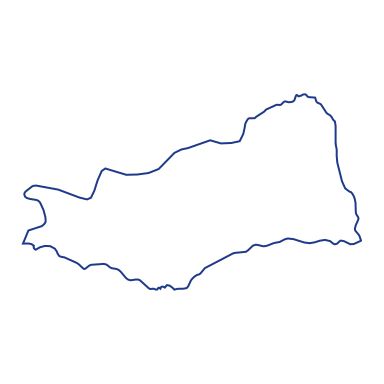 SVG path tracing the border of Lusaka
{"feature_id": "ZMB-520", "entity_name": "Lusaka", "entity_type": "Province", "adm_level": 1, "iso_a3": "ZMB", "parent_name": "Zambia", "parent_adm1": "", "projection": "natural_earth1", "projection_center": [29.259, -15.303], "detail": "fine", "context": "isolated", "style": "outline", "palette": "blue", "viewbox_px": 384, "rotation_deg": 0, "n_neighbors": 0, "source": "natural_earth", "source_scale": "10m", "svg_char_len": 2887}
<svg xmlns="http://www.w3.org/2000/svg" viewBox="0 0 384 384"><path d="M309.8,243.2L304.3,242.5L293.4,239.1L287.8,238.5L284.8,239.3L279.6,242.0L274.1,243.0L266.8,245.8L263.7,246.3L261.1,245.8L258.6,245.1L255.9,244.7L252.9,245.6L248.2,250.2L245.9,251.8L234.9,252.9L233.0,253.4L204.9,268.1L200.4,273.5L199.3,274.3L196.7,275.1L194.2,276.8L192.2,278.8L190.9,280.5L188.2,286.3L186.6,288.1L183.5,288.7L177.8,288.8L175.0,289.4L174.5,289.7L174.4,289.7L172.6,287.8L169.8,285.7L166.9,285.1L164.8,287.6L163.3,286.7L162.0,286.6L160.9,287.3L160.4,288.7L159.0,287.7L158.1,288.1L157.6,289.1L156.9,289.6L155.8,289.5L153.8,288.8L153.0,288.7L150.7,289.0L149.9,288.9L148.7,288.2L140.1,280.4L138.4,279.6L135.9,279.5L130.8,280.3L128.3,279.7L126.1,278.1L120.6,271.6L118.5,269.8L116.5,269.0L111.8,268.2L110.2,267.5L107.7,265.5L106.3,264.5L103.8,263.9L91.1,264.8L89.1,265.7L85.3,268.7L84.1,269.0L82.8,268.1L78.8,264.3L76.7,262.9L64.2,257.3L61.5,256.9L59.2,256.0L57.8,253.9L56.6,251.2L54.9,248.7L50.3,246.2L45.0,245.9L39.9,247.3L35.7,249.7L34.6,249.0L33.9,248.1L33.6,247.0L33.9,245.8L31.5,244.1L28.5,243.5L23.0,243.6L28.4,230.5L41.9,226.1L44.2,224.1L45.4,222.4L45.6,221.5L45.6,220.7L45.6,219.2L45.3,216.8L43.5,210.0L40.1,202.6L38.5,200.9L36.6,200.0L29.8,198.9L26.8,198.0L25.1,196.7L24.3,194.6L24.5,193.1L25.6,191.5L32.0,186.5L33.2,185.9L34.8,185.7L36.4,185.6L58.2,189.6L79.6,197.6L87.0,199.4L90.9,197.8L94.3,190.8L97.6,180.3L101.7,171.0L105.3,168.5L126.3,174.8L137.4,174.5L148.6,173.0L158.7,169.0L174.4,152.9L181.3,149.5L187.9,148.1L210.2,140.3L220.9,143.4L231.3,143.0L239.7,141.2L243.3,133.9L244.7,127.5L245.2,124.2L245.9,122.3L247.7,119.3L248.7,118.5L249.7,118.2L250.5,118.3L254.6,118.2L255.2,117.8L256.3,116.7L263.8,111.9L264.9,110.9L265.7,109.9L266.4,109.4L276.5,104.8L277.2,104.8L280.0,105.0L280.7,104.8L281.3,104.4L283.8,101.9L284.7,101.5L285.6,101.4L287.6,102.0L288.6,102.2L289.8,102.2L291.9,101.9L292.9,101.5L293.7,101.0L294.1,100.5L294.5,99.9L294.8,99.1L295.7,96.3L296.4,95.1L297.0,95.0L297.5,95.4L297.9,95.9L298.8,96.4L299.9,95.9L301.2,95.7L302.4,94.8L303.3,94.5L304.1,94.3L304.9,94.3L305.6,94.5L306.2,94.9L307.4,96.4L308.6,97.1L315.1,97.6L315.5,98.7L316.0,100.6L316.5,101.7L317.3,102.6L320.2,103.9L320.8,104.3L321.3,104.9L326.3,112.6L327.0,113.4L327.7,113.9L329.6,115.0L330.7,115.9L332.0,117.6L332.9,119.4L334.3,121.0L334.9,121.4L335.6,125.9L335.6,143.8L335.8,144.0L335.8,145.0L336.7,149.5L336.7,156.1L337.3,162.6L342.0,181.3L345.2,188.4L349.3,191.5L351.1,192.2L352.7,194.2L354.1,196.9L354.9,199.6L355.5,202.7L355.8,212.4L356.2,214.1L358.1,217.1L358.5,218.5L358.1,220.0L355.8,225.2L354.9,228.5L355.2,230.5L358.8,234.9L359.5,236.1L361.0,240.5L360.7,240.9L358.9,241.7L353.8,244.0L350.2,244.2L346.1,242.2L344.1,241.2L340.9,240.6L339.8,241.1L337.8,243.0L336.8,243.8L334.8,244.3L333.3,243.7L330.1,241.1L325.0,239.9L319.9,240.7L314.8,242.3L309.8,243.2Z" fill="none" stroke="#1e3a8a" stroke-width="2"/></svg>